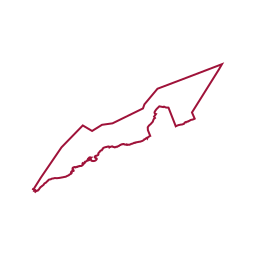 outline of Grindavíkurbær, Suðurnes, Iceland, rotated 339°
{"feature_id": "244011B76002453234506", "entity_name": "Grindavíkurbær", "entity_type": "district", "adm_level": 2, "iso_a3": "ISL", "parent_name": "Iceland", "parent_adm1": "Suðurnes", "projection": "robinson", "projection_center": [-22.33, 63.889], "detail": "fine", "context": "isolated", "style": "outline", "palette": "rose", "viewbox_px": 256, "rotation_deg": 339, "n_neighbors": 0, "source": "geoboundaries", "source_scale": "gbopen_adm2", "svg_char_len": 5136}
<svg xmlns="http://www.w3.org/2000/svg" viewBox="0 0 256 256"><g transform="rotate(339 128 128)"><path d="M188.2,102.0L169.6,101.9L151.8,111.8L149.0,115.1L115.2,118.1L104.9,115.7L93.4,117.9L86.7,109.4L59.0,122.2L29.0,143.0L17.9,151.3L17.5,151.0L17.4,151.1L17.9,151.6L18.0,152.0L18.3,152.5L18.5,152.6L18.4,152.7L18.6,152.7L18.5,152.9L18.9,153.2L18.9,153.3L19.0,153.5L18.9,153.6L19.0,153.7L18.9,153.8L18.6,153.8L18.6,154.0L19.0,153.9L19.0,154.0L19.3,153.8L19.6,153.8L19.8,153.8L19.7,154.0L19.8,154.1L20.5,154.0L20.7,153.9L21.2,153.9L21.3,154.0L21.5,153.8L22.3,153.7L22.9,153.4L23.0,153.3L23.1,153.2L23.4,153.0L23.7,152.7L23.9,152.6L24.7,152.2L24.9,152.0L25.3,151.8L26.1,151.7L26.6,151.4L27.0,151.4L28.1,151.0L28.5,150.9L28.8,150.8L29.7,150.1L30.2,149.8L31.8,149.6L32.8,149.1L33.0,148.9L33.8,148.8L34.8,148.2L35.5,147.9L35.9,147.9L36.5,148.0L37.4,148.2L37.8,148.2L38.2,148.0L38.7,148.0L39.3,148.1L39.8,148.3L41.7,148.5L43.1,149.1L43.4,149.3L43.7,149.4L44.4,149.6L45.2,149.8L45.8,150.0L46.8,150.1L47.4,150.3L48.3,150.4L49.1,150.6L51.1,150.9L52.5,151.2L53.4,151.0L55.8,150.9L56.1,150.8L56.5,150.5L57.8,150.4L58.5,150.3L59.0,150.1L59.2,149.9L59.2,149.7L59.5,149.4L59.4,149.2L59.0,149.2L58.8,149.3L58.8,149.1L59.0,148.9L59.1,148.7L59.7,148.3L60.0,148.2L60.8,148.2L61.1,148.3L61.6,148.6L61.8,148.6L62.0,148.3L62.0,148.2L61.7,148.2L61.2,147.6L61.2,147.4L61.5,147.3L61.6,147.0L61.6,146.8L61.8,146.7L61.9,146.4L61.9,146.2L61.7,146.1L61.8,145.7L62.2,145.4L62.5,145.4L62.9,145.2L63.6,145.3L64.2,145.3L64.4,145.4L64.8,145.6L64.7,145.7L64.7,145.9L64.9,146.0L65.0,145.9L65.3,145.9L65.8,145.9L66.4,145.9L66.4,146.1L66.6,146.2L67.1,146.2L67.3,146.2L67.6,146.0L68.2,146.1L68.6,146.0L68.9,146.0L69.1,146.3L69.6,146.3L70.1,146.5L70.6,146.7L71.1,146.6L71.4,146.5L71.8,146.6L72.9,146.1L72.6,145.8L72.8,145.6L72.7,145.4L72.8,145.1L72.8,144.8L72.9,144.7L73.1,144.6L73.2,144.8L73.2,145.1L73.4,145.0L73.6,145.1L74.1,145.0L74.5,145.1L74.8,145.0L75.0,145.1L75.4,144.9L75.5,144.7L75.1,144.6L75.2,144.4L75.4,144.3L75.8,144.1L76.0,144.2L77.0,144.2L77.4,144.0L78.3,143.9L78.5,143.7L79.5,144.0L79.6,143.9L78.6,143.7L78.7,143.4L78.8,143.3L79.5,143.1L79.8,143.1L79.5,143.0L79.7,142.9L80.0,142.9L79.3,142.7L79.2,142.7L79.3,142.7L79.5,142.5L79.9,142.5L80.0,142.5L81.1,142.3L81.0,141.9L81.5,141.8L82.1,141.8L82.7,142.1L82.8,142.3L81.6,142.5L82.4,142.5L82.8,142.6L82.4,142.8L82.3,142.7L82.3,142.8L82.0,142.9L81.9,142.8L81.6,143.1L80.3,143.0L80.9,143.1L81.3,143.2L81.3,143.4L81.4,143.5L80.5,143.8L80.3,144.0L80.5,144.0L80.5,143.9L81.5,143.6L81.8,144.0L82.1,144.5L82.2,144.9L82.3,145.1L82.2,145.5L82.3,145.6L83.4,146.3L84.0,146.5L84.8,146.7L85.8,146.7L86.3,146.6L87.5,146.0L87.7,145.8L87.8,145.6L87.7,145.1L87.3,144.8L87.2,144.7L86.9,144.3L86.7,144.0L86.7,143.9L87.0,143.6L86.9,143.5L86.6,143.3L86.8,143.0L86.9,142.8L87.0,142.7L87.3,142.5L87.8,142.4L89.6,142.6L90.4,142.5L90.6,142.4L91.0,141.9L91.1,141.7L91.0,141.4L91.2,141.2L91.4,141.0L91.6,140.7L91.9,140.5L93.1,140.1L93.6,139.6L94.6,139.3L95.3,139.4L95.4,139.2L96.0,139.1L96.3,138.9L96.6,138.8L96.8,138.5L96.9,138.2L97.0,138.1L98.0,137.8L98.7,137.7L100.1,137.8L100.9,137.9L101.0,138.0L101.4,138.1L102.0,138.0L102.8,138.2L103.2,138.3L103.2,138.5L103.5,138.7L103.5,138.8L104.0,139.0L103.9,139.4L104.3,139.3L104.8,139.4L105.2,139.3L105.6,139.4L106.0,139.4L106.5,139.4L106.9,139.6L107.0,139.7L107.0,140.0L107.5,140.5L108.1,140.7L108.4,141.2L109.2,141.3L109.6,141.5L109.9,141.3L110.0,141.3L110.5,141.3L110.7,141.5L111.2,141.7L111.8,141.6L112.2,141.4L112.7,141.4L113.0,141.5L113.2,141.4L114.3,141.1L114.8,141.1L115.0,141.2L115.8,140.9L116.2,141.0L116.5,141.0L116.9,141.2L117.1,141.1L117.7,141.2L118.2,141.4L118.2,141.5L118.4,141.8L118.5,141.8L119.0,142.1L119.2,142.4L119.5,142.5L120.3,142.8L120.7,142.8L120.7,143.1L120.8,143.1L121.3,143.3L121.4,143.5L121.7,143.5L121.8,143.6L122.1,143.6L123.1,144.1L123.9,144.1L124.6,144.2L125.1,144.0L125.6,144.0L126.1,144.2L126.9,144.2L128.6,144.0L128.8,144.1L128.8,144.3L129.0,144.4L129.8,144.2L130.0,144.4L131.1,144.4L131.9,144.6L133.1,144.8L133.5,144.8L134.3,145.1L136.5,145.2L138.0,145.0L138.7,144.8L139.0,144.6L139.2,144.4L140.1,144.5L140.6,144.4L141.2,144.1L141.5,144.2L141.8,144.0L142.0,144.1L142.2,144.3L142.4,144.1L142.6,144.2L142.6,144.3L142.8,144.1L142.7,143.9L143.1,143.9L145.5,143.3L145.9,143.3L145.8,137.1L146.7,134.4L148.0,133.5L148.7,133.1L150.5,132.5L153.4,131.0L154.9,129.2L155.4,128.8L156.8,128.3L156.4,126.7L159.1,125.0L158.4,124.4L158.2,123.3L158.7,122.5L160.1,121.4L161.6,120.5L165.0,119.0L168.4,121.1L168.8,120.9L169.2,121.0L169.6,121.2L170.1,121.9L171.0,122.6L171.7,122.9L172.8,123.3L173.0,123.4L173.1,123.5L173.2,143.5L173.7,143.4L174.0,143.5L174.3,143.4L175.0,143.4L176.4,143.4L177.3,143.6L178.3,143.7L179.7,144.1L180.6,144.1L181.5,144.2L181.8,144.1L182.6,143.5L182.8,143.3L183.6,143.2L183.8,143.2L184.0,143.4L184.2,143.2L184.4,143.3L184.6,143.2L185.7,143.4L186.0,143.3L186.3,143.4L186.7,143.3L186.8,143.4L187.0,143.3L187.4,143.3L187.5,143.3L187.8,143.3L188.1,143.2L188.6,143.2L189.0,143.0L189.6,143.0L190.3,143.1L190.7,143.2L191.8,143.3L192.8,143.3L193.6,143.2L193.3,136.4L234.0,105.8L238.6,102.1L188.2,102.0Z" fill="none" stroke="#9f1239" stroke-width="2"/></g></svg>